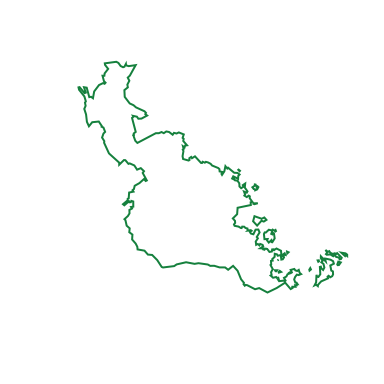 outline of Pesawaran, Lampung, Indonesia, rotated 320°
{"feature_id": "22746128B94381737455512", "entity_name": "Pesawaran", "entity_type": "district", "adm_level": 2, "iso_a3": "IDN", "parent_name": "Indonesia", "parent_adm1": "Lampung", "projection": "natural_earth1", "projection_center": [105.16, -5.482], "detail": "fine", "context": "isolated", "style": "outline", "palette": "green", "viewbox_px": 384, "rotation_deg": 320, "n_neighbors": 0, "source": "geoboundaries", "source_scale": "gbopen_adm2", "svg_char_len": 6119}
<svg xmlns="http://www.w3.org/2000/svg" viewBox="0 0 384 384"><g transform="rotate(320 192 192)"><path d="M222.7,142.6L220.2,137.9L217.8,137.3L216.2,135.1L214.0,135.7L213.0,131.3L211.2,129.1L208.2,128.8L207.2,126.5L204.3,125.6L202.1,123.7L181.7,119.3L181.5,116.3L183.1,111.9L184.0,111.2L183.6,110.7L185.1,109.7L187.5,109.8L193.7,96.7L195.7,96.7L195.8,95.8L198.2,98.9L198.0,101.4L200.5,103.3L206.8,104.6L206.3,102.3L207.6,101.8L207.5,99.6L203.5,91.2L203.0,87.9L201.2,84.1L201.6,75.9L205.7,70.5L210.1,70.6L211.5,68.2L215.5,66.5L216.3,63.1L219.2,62.9L230.4,58.6L224.4,54.9L222.9,52.6L223.7,51.4L220.7,52.6L219.4,52.1L218.3,49.6L218.6,45.8L217.7,43.6L207.9,37.4L207.1,38.7L206.9,43.8L201.3,45.0L199.6,46.6L198.2,45.4L195.8,50.5L196.0,52.7L194.6,52.9L193.8,51.4L189.5,50.3L181.7,52.1L176.4,56.5L175.9,54.2L174.3,53.3L178.4,44.4L176.6,42.3L174.5,47.6L173.3,47.2L173.3,39.4L172.3,38.9L171.2,41.1L171.0,49.6L169.0,54.2L169.5,54.3L167.5,54.7L165.9,57.6L162.9,59.1L160.7,64.5L156.6,70.7L155.3,75.4L160.4,74.4L165.9,78.1L165.3,83.5L164.7,83.9L165.6,85.7L164.1,90.1L161.8,90.3L158.1,92.5L157.5,96.7L156.3,97.8L153.2,109.1L155.1,122.7L153.8,124.3L160.4,123.8L161.4,124.8L161.4,129.6L162.7,130.1L164.9,134.6L164.3,139.6L168.1,140.8L168.6,145.2L166.5,145.7L164.8,154.1L163.6,153.8L163.5,151.2L157.5,151.4L152.1,150.4L149.4,152.4L147.6,152.4L147.4,154.1L143.5,152.0L139.5,156.1L138.3,155.9L137.4,157.0L131.3,157.0L131.6,158.7L137.7,158.6L137.4,159.6L138.3,160.5L137.9,160.8L139.8,159.8L140.9,161.5L137.6,165.5L135.7,164.3L135.4,166.1L132.5,165.5L130.4,168.2L127.5,169.2L122.8,169.4L122.9,170.8L120.3,175.8L120.9,179.8L118.1,182.5L119.0,186.3L115.6,189.9L115.7,195.3L114.9,198.8L113.4,201.0L117.9,206.4L118.0,211.6L121.0,214.6L121.6,221.8L120.6,229.9L121.3,231.2L130.7,237.3L133.7,237.6L142.3,242.0L147.8,248.7L151.2,250.7L157.5,257.7L158.5,260.3L161.6,262.8L164.6,267.4L168.9,271.1L169.7,274.8L176.0,275.0L176.3,281.6L173.5,290.4L173.4,295.0L172.2,295.8L172.2,297.7L173.3,297.6L174.4,298.9L177.8,307.0L181.7,308.8L185.2,317.5L195.2,320.0L205.1,321.3L205.2,329.8L207.4,330.2L208.0,329.7L207.3,328.5L210.4,331.2L211.1,329.7L212.3,330.8L213.0,330.0L213.6,330.5L213.8,328.6L212.9,327.8L214.1,324.6L216.3,323.4L219.2,322.7L220.3,324.2L222.8,325.0L222.5,323.1L223.7,320.3L221.8,320.1L220.8,318.5L220.9,316.7L217.5,315.1L216.8,317.8L215.5,317.6L215.2,316.4L214.5,316.3L214.6,317.2L212.3,316.4L210.0,317.4L207.3,316.9L206.7,320.0L205.6,320.0L205.4,318.9L201.4,316.3L201.6,314.7L202.1,315.1L203.0,313.1L201.7,312.1L201.8,311.2L199.0,309.8L198.5,306.5L199.7,306.7L201.0,304.3L204.3,303.0L205.2,298.4L206.1,298.4L208.2,295.6L209.7,296.4L210.3,295.0L213.6,294.8L215.7,292.5L217.0,294.4L216.7,295.9L219.2,297.2L218.5,298.9L219.2,298.9L222.4,294.2L220.4,289.6L217.5,289.2L216.8,289.8L217.6,288.3L216.5,287.5L214.9,288.9L212.8,287.7L213.0,284.0L211.6,282.4L210.4,282.8L210.0,282.2L211.3,282.1L208.1,279.0L211.6,279.4L212.1,277.9L210.8,275.6L209.3,276.2L209.0,274.1L207.2,273.7L209.0,270.9L212.7,269.8L212.7,268.1L217.8,266.4L218.7,263.4L216.5,261.7L211.1,264.2L211.7,263.7L210.4,261.6L210.7,259.7L212.7,260.0L212.5,259.0L210.2,257.6L210.7,257.6L210.1,256.8L211.0,255.6L209.8,253.9L209.7,252.2L208.2,250.8L206.8,251.5L206.3,251.0L205.4,248.4L202.9,245.3L203.3,243.8L205.2,243.4L206.4,241.7L206.3,238.5L212.3,238.0L216.8,233.4L228.7,239.8L230.3,237.6L231.9,238.3L232.2,233.8L233.5,232.5L233.1,231.2L230.7,231.1L229.8,228.4L231.1,228.0L232.1,225.1L233.5,227.7L234.9,227.2L235.3,222.5L238.2,219.7L235.3,219.4L234.9,221.0L232.1,220.7L231.9,218.3L233.8,215.8L234.1,212.7L232.4,210.6L233.1,207.5L232.0,208.9L231.4,207.5L233.7,206.5L235.8,211.5L237.8,209.4L239.7,209.2L239.1,206.6L236.7,204.4L235.1,195.7L234.8,196.9L234.1,196.8L234.2,193.7L230.0,197.0L226.0,198.2L226.2,197.1L228.1,196.1L226.4,194.0L227.7,192.1L227.5,190.5L224.4,184.6L224.4,182.4L223.3,179.7L222.0,177.8L220.7,177.8L219.6,175.7L218.3,176.2L217.6,175.5L217.2,166.6L213.7,166.1L213.9,164.6L211.7,164.4L210.6,165.9L209.6,165.7L206.4,161.0L207.8,158.5L211.8,155.1L212.2,153.6L213.2,153.7L214.5,151.1L215.0,153.0L216.6,152.0L218.2,153.0L218.1,147.3L219.8,145.9L219.6,144.5L222.7,142.6ZM249.8,331.1L249.4,324.1L248.2,325.4L247.7,328.7L245.9,329.0L246.5,331.6L244.8,335.0L242.3,336.0L242.0,333.7L242.7,332.0L241.8,331.6L237.4,337.5L234.2,338.3L233.4,337.4L234.1,335.5L229.0,341.0L225.9,342.3L227.5,342.7L227.9,345.0L229.0,344.1L233.5,343.5L240.7,345.6L241.4,344.0L242.8,344.0L243.1,346.2L245.3,346.6L247.1,345.8L248.9,343.4L248.2,341.7L250.7,337.2L254.6,338.1L255.6,335.7L254.6,332.9L251.6,329.0L251.1,328.5L249.8,331.1ZM222.5,270.5L221.7,269.7L220.1,270.4L217.2,274.7L219.7,276.6L218.4,277.3L218.3,280.1L221.8,279.9L220.8,281.6L221.2,282.1L225.5,280.7L228.1,276.5L227.8,275.5L226.3,276.1L225.8,275.0L230.4,272.6L228.4,272.7L226.6,270.3L222.5,270.5ZM224.3,250.7L220.0,253.7L220.3,259.6L226.7,258.7L228.0,260.8L231.1,261.2L231.0,258.0L228.2,257.3L224.3,250.7ZM257.6,325.2L257.0,322.2L256.7,325.3L254.7,325.7L254.9,326.7L257.8,328.7L258.9,332.0L260.8,331.9L260.7,334.4L262.4,336.6L261.8,338.5L263.1,339.1L264.4,338.6L263.9,332.1L262.6,332.2L262.0,330.7L260.0,329.9L258.9,327.4L259.1,325.5L257.6,325.2ZM245.5,227.2L245.0,226.6L244.1,227.5L241.3,227.2L241.2,229.4L242.0,230.5L241.5,231.3L243.6,231.9L246.0,230.9L245.9,229.8L244.6,230.0L245.5,227.2ZM270.6,339.7L270.2,337.7L267.4,334.5L268.1,339.5L269.3,339.1L269.7,340.8L270.6,339.7ZM221.3,298.9L218.2,299.3L217.0,301.2L218.3,301.9L220.5,301.2L221.3,298.9ZM259.3,339.4L256.7,340.9L256.6,341.7L257.6,342.4L260.7,341.6L259.3,339.4ZM208.5,308.8L206.9,309.0L206.7,309.6L208.9,310.5L208.5,308.8ZM235.2,242.9L231.1,239.7L231.9,241.4L235.2,242.9ZM233.7,326.3L231.9,326.9L231.5,327.8L233.3,327.8L233.7,326.3ZM227.2,300.2L226.5,298.8L225.5,300.3L227.2,300.2ZM223.6,298.5L221.7,298.4L223.0,300.2L223.6,298.5ZM205.3,305.3L205.1,306.4L205.6,306.9L206.8,306.6L205.3,305.3ZM242.4,206.6L242.1,204.8L241.7,204.8L241.8,206.7L242.4,206.6ZM230.5,274.5L230.4,275.8L231.2,275.9L231.6,274.7L230.5,274.5ZM244.3,325.2L243.9,326.6L244.7,326.7L245.2,325.8L244.3,325.2ZM214.2,299.5L214.7,299.3L213.7,299.3L214.2,299.5Z" fill="none" stroke="#15803d" stroke-width="2"/></g></svg>